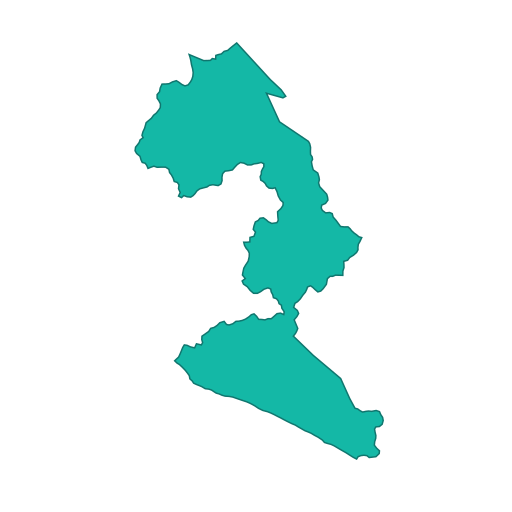 outline of Mata de São João, Bahia, Brazil, rotated 83°
{"feature_id": "56859067B13319482102872", "entity_name": "Mata de São João", "entity_type": "district", "adm_level": 2, "iso_a3": "BRA", "parent_name": "Brazil", "parent_adm1": "Bahia", "projection": "mercator", "projection_center": [-38.132, -12.491], "detail": "fine", "context": "isolated", "style": "filled", "palette": "teal", "viewbox_px": 512, "rotation_deg": 83, "n_neighbors": 0, "source": "geoboundaries", "source_scale": "gbopen_adm2", "svg_char_len": 4867}
<svg xmlns="http://www.w3.org/2000/svg" viewBox="0 0 512 512"><g transform="rotate(83 256 256)"><path d="M350.1,349.5L352.7,347.4L354.4,345.2L357.4,342.7L360.6,340.3L363.5,338.5L366.6,336.8L369.9,336.6L372.3,334.5L374.6,333.4L376.3,330.7L377.7,328.1L379.0,325.8L381.5,322.6L382.4,319.0L383.6,316.5L385.5,314.3L387.2,312.3L388.4,309.4L390.0,306.8L391.3,303.8L392.1,299.7L393.2,296.2L394.7,293.2L396.3,289.9L397.8,286.8L399.6,283.0L401.3,280.1L402.7,278.0L404.7,275.3L407.5,272.1L410.1,268.1L412.0,263.4L413.6,260.5L415.7,257.2L417.9,254.0L419.6,251.4L421.6,248.6L424.0,245.1L426.8,240.8L428.6,237.6L430.7,235.0L432.4,232.7L435.4,228.7L437.1,225.5L438.7,222.8L441.0,219.9L443.5,216.3L446.8,212.5L449.4,210.8L450.7,208.0L452.1,204.5L453.9,201.6L456.3,198.5L458.3,195.9L460.1,193.5L462.1,190.8L465.4,186.8L467.6,184.1L469.8,180.9L467.6,179.1L466.9,176.2L466.9,173.2L467.7,170.2L469.8,168.2L469.8,165.1L469.8,161.4L467.1,157.8L464.4,157.2L461.6,159.6L458.2,161.6L454.7,160.8L451.6,159.4L448.8,158.9L445.2,159.3L442.1,159.4L440.2,157.8L440.3,154.3L438.4,151.3L434.8,149.8L431.6,150.0L428.6,151.5L425.5,152.4L424.0,155.6L424.3,160.1L423.6,163.2L423.6,166.0L423.9,169.2L422.2,171.6L420.2,173.7L419.2,176.3L408.8,180.4L387.9,186.9L361.5,211.4L340.1,228.7L337.7,226.3L335.6,224.8L333.0,223.4L324.0,225.9L321.1,222.8L318.2,220.7L315.1,221.6L311.6,224.9L307.7,223.1L306.4,220.3L303.9,217.2L300.6,214.3L297.9,211.4L295.4,209.8L293.0,208.6L292.2,205.5L294.1,203.4L296.5,201.5L299.2,199.0L298.7,196.0L296.6,193.3L292.7,189.6L287.2,187.9L285.2,185.0L285.5,182.3L284.7,179.4L285.3,175.5L285.8,172.2L281.5,171.6L278.3,170.1L275.4,169.8L272.0,169.6L271.4,165.6L268.9,163.2L267.1,159.2L264.8,155.8L262.3,154.0L259.9,153.8L256.8,153.0L254.3,151.1L250.6,148.8L249.5,151.5L247.2,153.6L245.3,155.7L242.6,158.0L240.4,159.3L238.3,161.1L237.9,164.8L237.0,168.5L233.6,170.4L230.4,172.2L226.7,174.7L223.2,175.2L221.8,177.6L221.7,181.6L218.8,184.6L216.3,185.4L213.5,184.6L212.3,180.6L209.3,177.8L206.3,177.8L203.3,178.3L199.4,181.1L195.0,184.3L191.1,185.0L188.0,183.8L185.3,183.9L181.2,184.6L177.5,188.7L173.3,189.3L169.2,189.5L167.0,188.1L164.5,188.2L161.9,189.5L158.6,189.2L154.8,188.6L151.1,189.0L148.6,190.0L125.7,216.3L95.7,225.8L102.3,210.0L101.1,207.0L94.1,210.8L86.0,217.5L82.7,220.3L42.2,249.2L44.7,253.3L46.8,256.6L48.5,259.0L49.0,262.7L51.2,265.7L51.5,268.8L52.0,271.4L55.7,272.1L54.7,275.3L56.3,277.4L56.1,280.3L55.7,284.1L47.9,297.8L50.4,297.3L53.6,296.9L58.3,296.7L62.5,296.1L66.3,296.0L70.0,296.8L73.0,298.2L75.4,300.0L77.9,302.5L78.5,305.8L76.7,308.7L74.1,311.4L72.3,313.7L73.0,317.7L74.4,321.3L74.3,324.5L73.9,328.3L77.6,330.6L81.2,331.7L83.8,334.5L87.4,334.9L90.0,333.5L93.4,332.3L97.0,332.9L99.0,334.5L102.0,337.5L103.8,340.5L106.5,343.0L108.7,346.4L110.3,348.8L113.0,349.9L115.6,351.0L119.0,353.1L122.4,354.5L124.8,353.6L126.6,356.9L129.1,358.1L131.2,360.1L133.3,362.3L136.8,363.2L139.7,362.0L142.9,359.0L146.6,358.4L149.3,357.5L150.4,354.7L152.7,353.4L155.9,352.5L155.1,349.6L154.4,346.4L155.9,343.3L156.2,339.6L156.8,334.9L159.3,331.9L162.7,331.6L165.1,330.1L168.7,328.7L172.1,328.1L173.4,325.1L176.0,323.8L179.7,324.7L183.7,323.5L187.1,325.6L189.0,322.8L187.2,320.3L188.8,317.2L189.6,313.6L188.4,311.1L186.7,309.0L184.2,306.7L182.5,303.7L182.0,300.2L181.5,296.2L180.2,293.7L180.0,290.1L181.5,285.0L180.2,282.0L177.1,280.5L173.7,280.2L170.2,279.1L168.0,276.5L168.0,272.5L167.7,268.9L165.4,266.4L162.9,263.4L161.3,260.1L162.4,256.6L164.6,253.3L165.0,249.4L164.3,246.9L164.3,243.5L163.8,239.4L165.4,237.0L168.3,237.3L170.5,239.0L172.8,240.4L175.5,240.8L177.8,242.2L181.3,242.0L182.9,239.8L185.1,238.0L187.7,237.0L190.2,234.8L191.0,231.3L190.6,228.7L194.7,227.3L199.1,226.6L203.4,224.9L206.2,222.5L209.2,223.1L212.0,225.5L214.7,229.2L219.3,229.5L223.3,229.6L225.5,231.2L225.6,236.4L223.5,239.6L221.3,241.5L219.0,244.0L219.0,247.4L221.0,249.5L222.1,252.5L225.8,254.3L229.2,255.5L232.2,253.6L236.2,255.6L236.8,259.7L241.3,260.4L241.2,263.7L240.8,266.5L244.0,266.1L247.2,264.8L249.4,263.3L252.3,262.3L255.8,262.8L260.2,264.4L263.8,267.5L266.6,269.6L270.1,270.8L273.2,271.8L277.1,269.4L279.1,272.8L282.4,271.8L285.5,268.3L289.4,266.0L292.7,263.0L293.2,259.1L292.0,255.9L289.9,252.0L289.1,248.0L290.6,245.4L293.4,245.3L296.5,244.1L299.5,243.8L300.9,240.9L303.2,239.4L306.1,238.9L307.9,236.8L311.0,236.7L314.8,234.8L317.5,235.6L315.7,238.6L315.8,242.2L318.2,245.6L320.1,248.5L319.7,251.8L320.5,254.9L319.7,258.0L319.2,261.1L316.0,262.7L313.2,265.0L313.7,267.8L315.5,270.4L317.4,274.2L318.3,277.6L318.6,281.0L318.4,283.9L320.4,287.2L321.2,291.1L320.4,293.6L317.0,295.6L317.8,300.0L320.2,303.1L321.8,306.3L322.3,309.8L325.1,312.1L327.4,316.3L329.0,319.4L332.4,320.0L335.5,319.5L337.6,321.1L335.9,325.8L339.7,328.1L338.2,332.2L336.3,335.2L335.5,338.0L337.9,339.9L341.0,341.6L344.0,343.3L346.9,345.1L348.6,347.5L350.1,349.5Z" fill="#14b8a6" stroke="#0f766e" stroke-width="1.5"/></g></svg>